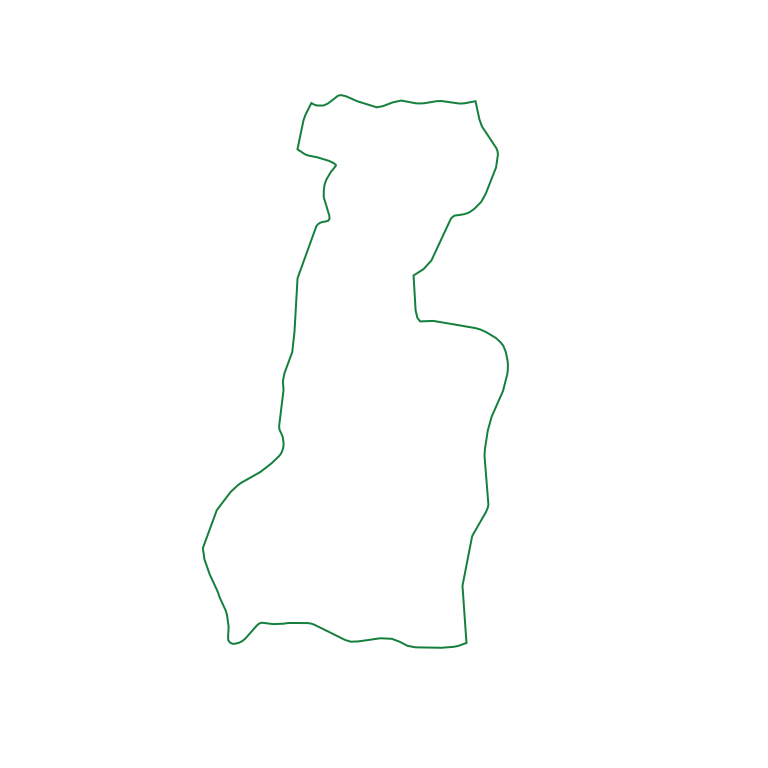 the Department of Pasco, rotated 111°
{"feature_id": "PER-581", "entity_name": "Pasco", "entity_type": "Department", "adm_level": 1, "iso_a3": "PER", "parent_name": "Peru", "parent_adm1": "", "projection": "orthographic", "projection_center": [-75.545, -10.377], "detail": "fine", "context": "isolated", "style": "outline", "palette": "green", "viewbox_px": 768, "rotation_deg": 111, "n_neighbors": 0, "source": "natural_earth", "source_scale": "10m", "svg_char_len": 2022}
<svg xmlns="http://www.w3.org/2000/svg" viewBox="0 0 768 768"><g transform="rotate(111 384 384)"><path d="M596.2,214.2L601.9,220.8L604.4,224.8L609.7,235.9L618.6,260.4L620.0,268.1L619.0,277.1L619.1,285.4L622.6,296.1L633.6,315.9L636.5,322.7L636.9,328.5L633.7,362.7L633.8,366.2L634.6,369.8L641.6,388.1L643.6,391.5L647.8,401.2L650.6,412.3L651.2,413.4L652.4,414.7L654.9,416.1L671.5,422.3L674.8,424.2L677.3,426.4L679.3,429.1L680.8,432.0L680.6,435.0L679.2,437.4L676.4,438.8L666.2,442.1L655.9,447.8L652.1,450.7L642.4,460.7L637.3,465.0L624.2,478.5L611.9,488.9L602.1,494.3L561.7,494.9L539.7,488.5L530.5,484.0L527.0,481.6L510.3,467.8L498.2,460.5L489.3,456.3L486.7,455.4L483.6,455.0L479.4,455.3L475.5,456.4L470.3,459.2L467.7,461.4L464.1,465.2L461.0,466.8L425.4,475.7L417.7,479.4L409.5,480.8L387.0,481.1L367.3,486.3L316.3,502.6L261.3,503.7L259.9,503.4L258.5,502.9L256.9,501.8L255.4,500.3L252.9,496.3L251.6,494.6L249.3,494.1L246.4,495.4L231.2,507.2L225.1,509.5L219.4,510.9L214.0,511.1L204.5,509.5L202.3,508.6L200.5,508.1L199.3,507.7L198.0,507.3L196.9,507.3L195.8,510.0L195.4,515.4L196.3,527.8L197.8,536.3L197.9,540.0L195.9,548.9L166.4,553.7L160.9,553.8L147.8,552.5L148.2,549.4L148.0,546.2L145.7,540.3L142.4,537.0L131.5,530.3L130.0,528.4L129.5,526.2L129.0,523.2L129.6,510.2L128.3,489.9L124.9,484.5L118.0,476.8L113.2,469.5L110.5,454.7L109.3,451.2L107.5,447.1L101.1,436.2L99.3,432.1L95.1,413.9L93.1,409.4L87.2,399.9L103.0,389.6L108.5,384.8L123.5,363.7L126.1,361.4L128.8,359.9L141.6,357.0L169.6,357.2L179.1,358.5L188.2,362.5L192.1,365.1L193.9,366.6L196.6,369.8L198.6,373.2L201.4,378.3L202.9,379.5L205.1,380.6L207.0,380.9L251.6,384.0L262.5,388.2L272.1,395.3L304.1,380.8L310.4,376.4L312.6,372.7L307.4,360.5L299.0,318.4L298.6,313.3L299.0,307.1L300.9,296.2L303.1,290.5L305.5,286.4L310.3,281.9L317.6,277.2L321.1,275.4L327.0,273.3L330.9,272.4L347.8,270.4L375.8,271.8L390.4,270.4L408.4,266.5L415.1,264.4L459.2,243.3L462.5,242.8L466.7,242.9L493.6,247.1L495.5,247.0L544.3,238.4L596.2,214.2Z" fill="none" stroke="#15803d" stroke-width="2"/></g></svg>